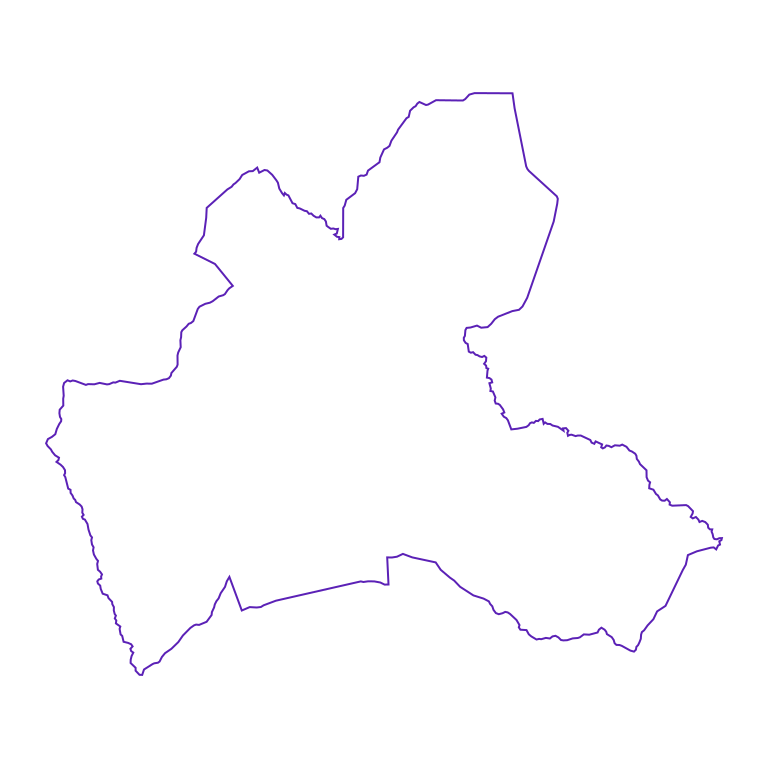 outline of Paraíso das Águas, Mato Grosso do Sul, Brazil
{"feature_id": "56859067B51876233967063", "entity_name": "Paraíso das Águas", "entity_type": "district", "adm_level": 2, "iso_a3": "BRA", "parent_name": "Brazil", "parent_adm1": "Mato Grosso do Sul", "projection": "robinson", "projection_center": [-53.129, -19.185], "detail": "fine", "context": "isolated", "style": "outline", "palette": "violet", "viewbox_px": 768, "rotation_deg": 0, "n_neighbors": 0, "source": "geoboundaries", "source_scale": "gbopen_adm2", "svg_char_len": 6055}
<svg xmlns="http://www.w3.org/2000/svg" viewBox="0 0 768 768"><path d="M716.2,549.4L718.1,545.5L720.0,544.6L719.3,541.3L721.4,540.1L721.9,538.1L719.3,538.2L716.9,539.3L714.4,539.0L713.3,537.4L712.6,534.0L711.6,531.7L712.2,529.4L710.0,529.4L708.2,527.7L707.8,524.7L705.3,522.1L702.2,520.9L699.5,522.0L698.4,519.6L695.9,517.0L692.8,518.4L690.7,516.9L692.6,513.5L693.0,511.2L688.1,506.1L686.1,505.1L672.2,505.7L669.6,504.6L669.9,502.3L666.9,499.0L664.7,500.7L662.1,500.6L660.2,499.4L657.9,495.4L656.0,494.0L653.4,489.7L649.2,488.3L649.4,484.8L650.1,482.3L648.0,480.6L646.6,477.2L646.5,470.3L640.0,464.1L638.9,461.6L636.8,458.9L636.4,455.7L635.2,453.7L631.9,451.5L629.4,450.5L626.5,446.8L622.2,444.6L619.8,445.7L614.9,445.3L611.4,447.2L608.8,445.9L606.4,445.5L604.9,447.4L602.8,448.4L601.2,447.3L602.1,444.4L595.6,441.4L594.3,443.8L591.6,442.6L590.3,440.0L580.7,435.5L577.9,435.5L575.6,436.1L571.6,434.7L569.7,434.9L568.0,435.8L567.3,432.8L568.4,430.8L566.0,428.1L563.0,428.4L563.5,430.7L557.9,426.8L552.5,425.5L550.3,424.0L547.4,423.9L545.1,422.4L543.7,423.8L542.6,418.9L539.6,419.5L538.2,421.1L535.9,420.9L533.8,422.9L531.9,422.4L530.0,423.2L528.7,425.2L526.4,426.9L517.5,428.7L511.3,429.4L507.9,420.3L506.3,418.1L503.8,416.7L501.7,413.7L504.3,412.5L503.1,409.4L499.8,404.9L498.1,403.8L495.7,403.5L494.7,400.6L495.4,397.4L492.9,391.5L490.4,391.0L490.8,388.5L489.4,383.2L492.2,382.4L491.5,379.6L489.5,378.1L486.9,377.6L487.5,370.7L488.2,368.7L486.4,368.1L486.1,365.6L484.1,363.8L486.0,361.2L486.3,357.6L484.3,355.9L482.1,357.0L479.6,356.4L477.5,355.1L475.5,354.7L473.1,352.2L470.8,352.7L468.8,351.6L467.7,344.0L465.6,342.9L463.9,340.3L463.8,337.8L464.9,335.9L465.4,330.1L466.6,327.9L470.5,327.5L477.0,325.6L481.2,327.7L487.6,327.1L491.2,323.8L494.8,319.2L498.1,316.7L512.3,311.1L519.0,309.8L522.5,306.5L527.2,297.8L553.7,221.5L557.2,203.9L557.8,198.8L556.8,196.3L528.9,170.9L527.4,169.0L526.2,166.4L514.6,108.3L512.5,93.3L474.6,93.1L469.3,94.6L465.2,99.1L462.9,100.5L436.0,100.2L428.0,104.6L426.0,105.0L419.4,102.0L417.3,103.6L415.6,106.2L413.6,107.3L410.1,110.7L408.7,116.9L406.5,118.2L398.1,129.6L397.0,132.4L391.4,140.7L389.5,145.9L387.3,147.7L384.0,149.4L380.3,157.6L379.5,162.2L368.0,170.6L366.6,174.6L363.9,175.8L360.9,175.5L358.3,176.7L357.2,189.2L355.1,193.2L346.3,199.8L344.7,205.6L343.2,208.0L343.1,237.3L341.5,238.9L339.2,239.2L339.4,237.1L337.0,236.8L334.3,234.6L336.8,233.5L337.9,228.9L335.7,229.2L333.3,228.5L330.8,228.8L328.1,226.9L326.6,225.7L325.9,221.5L324.3,219.1L322.0,218.1L320.4,215.7L319.1,217.4L316.3,217.4L313.5,215.7L311.3,213.5L309.0,213.8L306.9,211.2L304.6,210.8L299.7,208.4L297.3,207.9L295.3,204.1L292.5,203.2L288.4,195.4L286.5,194.6L284.8,193.0L283.9,195.4L282.1,193.2L279.3,188.6L277.9,182.7L276.3,180.2L272.2,174.8L267.4,170.5L264.5,170.0L259.2,172.7L257.2,167.6L252.8,171.1L248.9,171.3L242.2,175.0L239.6,179.1L235.4,183.1L233.5,184.4L231.6,186.8L227.4,189.4L206.7,207.9L206.2,217.8L203.9,235.3L198.1,244.0L196.6,247.8L196.1,251.7L194.4,253.7L215.0,264.0L232.8,285.9L229.3,288.3L227.6,290.1L224.9,294.1L223.2,295.2L218.7,296.5L212.7,301.2L209.9,302.7L205.3,303.8L199.5,306.7L197.8,308.9L193.3,321.1L190.9,323.0L188.7,323.8L186.5,326.5L182.3,330.3L181.3,332.2L181.1,337.2L180.4,340.2L180.7,347.2L178.2,352.5L177.5,355.5L177.6,364.6L176.8,366.8L171.4,373.0L170.9,375.6L168.9,378.2L166.3,379.3L163.5,379.6L151.8,383.7L146.5,383.6L141.0,384.2L119.8,380.8L115.4,382.6L113.2,382.4L109.3,384.1L107.0,384.4L99.6,382.9L94.3,384.3L88.1,384.1L85.9,384.9L75.4,381.0L72.7,380.5L70.2,381.4L67.5,380.3L64.1,383.0L63.1,386.7L63.7,395.8L63.2,398.7L63.3,405.6L59.7,409.7L59.4,413.2L60.0,416.9L61.3,419.1L61.1,421.3L59.3,423.9L56.8,429.0L55.3,434.2L51.9,436.9L47.9,439.1L46.1,443.3L47.6,446.0L50.9,449.4L52.2,451.8L55.1,455.3L59.0,457.7L58.4,460.1L56.5,461.9L60.6,464.7L63.0,467.0L65.0,470.2L65.1,473.2L64.1,475.1L65.3,477.1L68.2,488.6L70.5,489.8L70.6,492.9L72.5,495.5L73.7,498.5L75.2,499.9L76.0,502.1L79.7,504.5L81.6,506.5L82.5,509.2L82.3,512.7L83.6,514.9L81.9,516.7L82.9,518.8L84.9,519.6L87.5,524.0L88.5,529.6L90.4,535.4L92.0,537.4L91.3,540.1L92.0,544.5L93.6,547.3L93.0,550.4L93.9,554.5L96.3,558.8L98.0,560.9L97.2,564.0L97.9,569.8L100.1,571.7L102.0,574.4L101.1,576.5L101.3,578.6L98.7,579.5L97.3,581.3L97.9,583.5L100.2,585.6L100.7,588.8L102.7,593.7L107.5,595.3L108.5,598.1L112.1,601.9L112.3,604.2L113.9,607.1L113.8,610.4L114.7,614.0L115.9,615.6L114.8,618.4L116.3,620.5L115.9,623.4L120.3,626.5L119.6,628.9L120.6,634.4L122.2,635.9L123.6,641.8L128.1,642.9L131.2,644.3L132.6,646.4L130.4,648.8L131.2,651.1L133.3,652.6L131.6,656.0L130.7,659.7L130.6,663.0L135.6,667.8L135.6,670.7L139.5,674.8L142.2,674.9L144.0,669.5L152.5,664.1L154.3,663.3L158.0,662.7L159.6,661.5L161.9,657.0L165.0,653.2L171.4,648.8L178.3,642.1L182.9,635.5L190.4,627.9L194.1,625.3L196.1,624.6L199.1,624.9L206.6,621.8L211.6,615.0L211.9,612.1L214.1,607.4L214.8,604.4L216.4,601.2L218.6,598.4L220.7,593.2L225.0,586.9L226.8,581.3L229.4,576.9L241.8,610.5L249.7,607.1L256.7,607.5L260.9,607.0L263.6,605.3L275.9,600.7L360.8,581.4L363.4,582.0L368.2,581.3L374.3,581.4L380.3,582.5L384.6,584.6L388.5,584.5L387.2,557.4L391.9,557.5L397.0,556.7L402.9,553.9L412.3,557.4L435.7,562.4L440.7,569.8L449.9,577.6L454.2,580.6L460.1,586.8L473.4,595.4L483.6,598.6L488.9,601.4L490.1,603.9L492.3,606.3L493.5,609.9L495.9,613.1L498.8,614.2L502.6,613.2L505.2,611.9L507.7,612.4L510.1,614.0L516.5,620.0L519.5,625.1L518.8,627.3L520.4,629.7L526.5,630.1L528.8,634.3L531.3,636.4L536.5,639.5L539.1,638.9L541.2,639.2L545.9,637.9L549.9,638.5L552.5,636.4L555.5,635.8L558.4,637.4L561.0,640.0L563.4,640.4L567.2,640.2L572.7,638.4L577.8,638.0L579.9,637.3L583.8,634.4L589.3,634.7L597.6,632.5L598.9,629.7L601.4,627.7L604.6,629.7L606.2,631.7L606.9,634.1L611.7,637.1L613.7,640.0L614.6,643.2L616.4,644.9L619.5,645.0L621.7,645.8L630.4,650.6L634.0,651.6L635.9,649.7L636.4,646.9L638.1,645.1L639.4,642.4L640.8,638.8L641.1,634.6L641.9,632.1L644.1,630.3L647.6,625.4L653.4,619.2L657.1,611.4L665.5,605.9L682.8,570.0L685.8,564.7L687.9,555.1L696.9,551.3L710.7,547.7L713.7,547.4L716.2,549.4Z" fill="none" stroke="#5b21b6" stroke-width="2"/></svg>